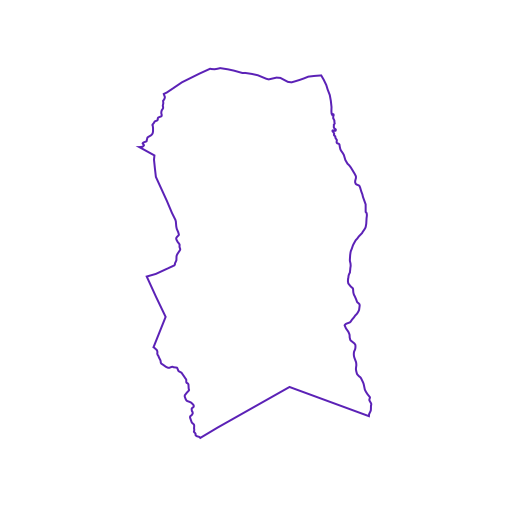 Curaren, Francisco Morazán, Honduras (Mercator projection), rotated 158°
{"feature_id": "27666195B74261140264311", "entity_name": "Curaren", "entity_type": "district", "adm_level": 2, "iso_a3": "HND", "parent_name": "Honduras", "parent_adm1": "Francisco Morazán", "projection": "mercator", "projection_center": [-87.56, 13.833], "detail": "fine", "context": "isolated", "style": "outline", "palette": "violet", "viewbox_px": 512, "rotation_deg": 158, "n_neighbors": 0, "source": "geoboundaries", "source_scale": "gbopen_adm2", "svg_char_len": 6129}
<svg xmlns="http://www.w3.org/2000/svg" viewBox="0 0 512 512"><g transform="rotate(158 256 256)"><path d="M365.0,277.9L364.0,255.7L362.6,233.4L385.2,209.8L384.7,209.1L383.7,207.0L383.2,205.9L383.2,205.4L383.2,204.9L383.3,204.3L383.6,203.4L384.1,202.5L384.2,201.9L384.2,200.9L383.9,199.6L384.0,198.5L383.7,195.2L383.8,194.3L384.2,192.9L384.2,192.2L384.1,191.7L383.7,191.1L382.8,189.8L381.1,187.1L380.3,186.2L379.5,185.4L378.8,185.0L378.3,184.8L376.4,184.8L375.4,184.7L375.1,184.6L374.8,184.5L374.2,183.8L371.5,182.3L371.1,182.0L371.0,181.6L371.0,178.9L370.9,178.3L370.7,178.0L368.8,175.7L367.8,171.3L367.4,169.3L367.0,167.7L367.1,167.2L367.8,165.4L367.9,164.8L367.8,164.3L367.3,163.9L367.0,163.4L366.8,162.8L366.8,162.1L367.2,160.9L367.9,158.9L368.2,157.8L368.2,157.1L368.3,156.8L368.5,156.6L369.1,156.2L370.9,155.4L372.0,154.8L374.1,153.6L374.4,153.2L374.7,152.5L374.8,151.1L374.8,149.5L374.7,148.7L374.5,147.9L374.1,147.3L372.0,145.4L371.1,144.4L370.7,143.6L369.9,141.7L369.8,141.3L369.8,140.7L370.0,140.0L370.4,139.5L370.8,139.3L371.6,139.1L372.3,138.9L372.6,138.7L372.9,138.4L373.2,137.6L373.4,136.7L373.5,136.1L373.3,135.4L373.3,134.9L373.5,134.2L373.7,133.7L374.3,133.2L374.8,132.8L375.7,132.4L376.6,132.2L377.0,132.0L377.3,131.7L377.6,131.1L377.7,130.6L377.8,128.9L377.9,126.7L377.9,125.8L377.8,125.3L376.8,123.3L376.7,122.7L376.8,122.1L377.1,121.3L377.4,120.6L378.0,119.5L378.1,118.7L378.9,116.9L379.3,116.5L379.4,116.3L379.3,115.8L378.8,114.6L378.7,114.2L378.7,113.5L379.1,112.8L379.1,112.4L378.9,111.9L378.5,111.2L376.5,109.6L376.0,109.0L375.8,108.2L355.9,111.3L274.0,122.0L211.3,65.2L210.6,66.6L210.2,67.2L209.3,68.0L208.3,68.9L207.5,69.7L206.9,70.8L205.4,74.3L205.0,74.7L204.8,75.1L204.6,75.6L204.5,76.2L204.7,77.7L204.9,79.2L204.9,79.9L204.7,80.4L203.4,82.0L203.3,82.5L204.4,86.1L204.9,88.7L205.1,90.5L205.1,91.6L204.3,96.0L204.1,97.5L204.1,98.9L204.4,103.3L204.7,104.5L205.5,105.8L206.3,107.9L206.5,108.6L206.5,109.2L206.2,111.7L205.8,113.5L205.3,114.6L203.9,117.1L203.4,118.5L203.0,120.1L202.9,124.3L202.8,125.7L202.6,126.7L202.3,127.8L201.7,129.2L201.1,130.3L200.5,131.0L199.2,132.2L198.3,133.5L197.6,135.0L197.2,136.2L197.3,137.0L197.5,138.0L199.8,142.1L200.0,142.8L200.0,143.3L199.8,144.3L199.7,145.2L198.8,147.8L198.7,149.2L198.8,151.3L199.7,155.2L199.8,158.0L199.8,158.5L199.6,158.7L199.3,158.9L198.3,159.3L196.9,159.4L195.2,159.3L194.0,159.3L193.5,159.4L193.0,159.6L192.2,160.1L190.9,161.0L188.2,162.4L186.2,163.7L184.7,164.3L183.8,164.8L182.9,165.4L181.9,166.2L181.0,167.0L180.5,167.6L178.5,171.1L178.3,171.7L178.2,172.2L178.2,172.7L178.4,173.2L178.8,174.1L179.3,174.9L179.5,175.6L179.4,178.5L179.5,181.6L179.7,183.4L179.6,184.5L179.4,185.8L179.0,187.1L178.5,188.6L178.3,189.7L179.6,192.3L180.5,195.2L180.7,196.1L180.5,196.9L180.3,197.9L180.0,198.7L179.5,199.5L179.4,200.1L178.6,201.1L177.7,202.8L177.2,203.5L176.3,204.5L175.1,205.5L174.7,206.4L173.9,207.8L173.1,209.4L172.2,210.9L171.8,211.7L171.2,213.6L170.8,216.2L170.5,217.1L169.6,219.0L168.3,221.7L166.9,224.1L166.1,225.2L164.5,226.8L162.8,228.8L162.0,229.7L160.6,230.9L158.0,233.0L157.4,233.4L155.6,234.2L153.4,235.6L149.1,237.5L148.0,238.4L146.0,239.7L144.6,240.7L143.8,241.4L143.2,242.2L141.7,244.6L139.3,249.7L138.4,251.3L138.0,252.1L137.6,253.2L137.4,254.3L137.5,254.9L137.8,255.8L135.0,262.8L134.7,270.6L134.3,273.2L134.2,276.5L133.8,280.7L133.9,282.5L135.1,283.8L136.0,284.6L136.5,285.5L136.5,287.1L135.9,288.5L134.1,290.9L133.5,292.5L133.7,295.0L134.9,302.5L135.6,305.1L136.6,307.3L137.2,311.5L136.7,316.8L137.0,318.9L137.7,321.9L137.8,323.4L137.4,325.9L136.9,328.0L137.0,328.6L137.4,329.2L138.4,330.0L138.6,330.4L138.7,330.7L138.7,331.1L138.5,331.5L138.2,332.2L137.8,332.8L137.6,333.3L138.1,335.7L137.7,337.2L137.8,337.5L138.3,338.4L138.4,338.9L138.3,339.3L137.8,339.8L137.7,340.3L137.9,341.8L138.2,342.6L138.3,343.2L138.2,343.4L138.1,343.6L137.9,343.7L137.7,343.7L136.5,342.8L135.9,342.5L135.5,342.4L135.3,342.4L135.0,342.7L134.7,343.2L134.7,343.5L134.8,343.8L135.1,344.2L135.4,344.6L135.5,344.8L135.6,345.7L135.6,346.4L135.1,347.4L134.8,348.1L134.7,348.5L133.4,349.4L133.3,349.9L133.2,350.5L133.1,351.0L133.0,351.3L132.7,351.7L132.6,353.5L132.8,354.2L132.8,354.9L132.1,356.4L131.8,356.9L131.3,357.4L131.1,358.0L131.1,358.3L131.3,358.5L131.6,358.8L132.1,358.8L132.5,358.6L132.6,359.6L131.9,361.9L130.2,365.8L128.5,371.8L127.3,377.6L127.2,383.5L126.8,388.2L127.2,394.1L127.9,399.0L134.5,401.1L140.3,402.7L145.2,402.7L149.5,402.9L154.1,403.3L158.0,403.7L161.2,405.5L166.7,412.0L170.1,413.7L178.1,415.0L180.1,416.5L186.6,422.9L191.7,426.4L197.3,429.7L200.1,430.8L207.1,436.2L212.1,439.6L218.8,443.6L221.9,444.1L224.5,444.7L227.2,446.0L228.4,446.8L240.0,446.3L259.5,444.8L277.4,441.0L280.8,440.8L280.9,440.1L280.9,437.8L281.1,437.2L281.6,436.5L282.3,435.8L283.1,435.2L283.9,434.8L284.0,434.7L284.7,432.4L286.2,430.1L286.3,429.0L286.7,428.0L287.0,427.7L287.3,427.4L288.8,426.4L289.5,425.5L289.9,424.8L290.3,424.0L290.6,422.0L290.9,421.5L291.1,421.2L291.4,421.0L291.8,421.0L293.9,421.0L294.5,421.0L294.9,420.9L295.2,420.7L295.5,420.4L296.0,419.3L296.4,418.9L297.0,418.7L299.1,418.7L299.4,418.7L299.9,418.4L300.9,417.6L302.7,416.6L303.0,416.2L302.9,415.6L303.2,414.5L303.5,413.3L304.8,410.1L305.3,409.3L305.7,408.7L306.2,408.2L306.8,407.8L307.6,407.4L308.2,407.2L311.0,406.8L311.6,406.7L312.2,406.5L312.5,406.2L313.9,404.3L314.3,403.6L314.5,403.4L315.3,403.3L316.6,403.4L317.5,403.4L318.2,403.3L318.6,403.1L318.9,402.9L318.9,402.7L318.4,401.1L318.4,400.7L318.6,400.5L319.1,400.2L319.8,399.9L320.8,399.9L322.1,400.3L322.6,400.4L323.4,400.7L312.5,387.3L314.5,383.5L316.9,375.2L319.2,366.8L318.0,340.4L317.8,327.5L317.2,319.7L317.4,318.0L318.8,313.5L319.1,312.1L319.3,310.7L319.2,307.3L319.4,305.4L319.5,304.7L319.7,304.4L320.2,304.1L321.9,303.4L322.9,302.8L323.3,302.4L323.6,301.6L323.6,300.4L323.3,298.0L322.8,296.6L322.7,296.0L322.6,295.5L322.7,294.8L323.2,293.9L323.5,293.0L323.6,292.5L323.6,291.4L323.7,290.9L323.8,290.5L324.1,290.1L324.6,289.7L328.0,287.4L328.9,286.6L329.3,286.2L329.9,285.3L331.4,281.9L332.4,280.9L333.6,279.8L333.9,279.5L334.4,278.5L335.2,277.9L355.6,276.9L365.0,277.9Z" fill="none" stroke="#5b21b6" stroke-width="2"/></g></svg>